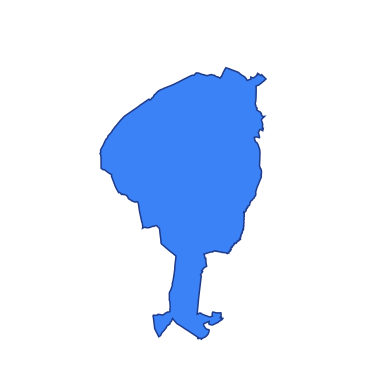 Cajvana, Suceava, Romania (Natural Earth projection), rotated 127°
{"feature_id": "2599482B15456779755419", "entity_name": "Cajvana", "entity_type": "district", "adm_level": 2, "iso_a3": "ROU", "parent_name": "Romania", "parent_adm1": "Suceava", "projection": "natural_earth1", "projection_center": [25.996, 47.715], "detail": "fine", "context": "isolated", "style": "filled", "palette": "blue", "viewbox_px": 384, "rotation_deg": 127, "n_neighbors": 0, "source": "geoboundaries", "source_scale": "gbopen_adm2", "svg_char_len": 5957}
<svg xmlns="http://www.w3.org/2000/svg" viewBox="0 0 384 384"><g transform="rotate(127 192 192)"><path d="M212.4,290.5L213.9,290.0L214.5,289.5L214.7,289.1L215.2,288.8L216.5,288.7L217.1,287.6L218.7,285.8L227.7,278.9L227.8,278.4L227.7,276.5L227.1,275.5L226.9,274.6L226.9,269.5L226.6,267.4L226.4,266.7L227.7,265.9L228.2,265.3L234.1,255.9L234.8,254.5L236.6,250.3L236.1,250.1L236.0,249.7L236.0,247.8L236.3,247.3L236.3,246.7L236.1,246.5L235.4,246.1L235.5,245.6L235.2,245.2L235.1,244.8L234.6,244.4L234.2,242.8L234.2,241.8L234.5,241.3L234.5,240.5L235.3,239.2L235.6,238.4L235.3,237.1L235.4,236.2L235.1,235.2L235.3,234.6L234.8,233.1L234.7,232.1L234.0,231.4L234.0,231.0L233.8,230.7L232.8,230.0L232.7,229.1L233.2,228.5L233.3,228.1L239.3,222.0L246.2,214.0L246.6,213.2L247.2,212.5L249.6,210.2L250.7,209.7L249.7,209.3L248.8,208.7L247.9,207.1L247.8,206.5L246.5,205.0L245.0,203.9L243.6,203.2L242.5,201.9L241.4,201.3L240.4,200.4L240.2,200.1L240.2,199.8L240.6,196.6L241.0,195.8L249.4,187.7L251.1,186.3L251.4,185.9L251.8,185.2L252.5,174.8L252.5,171.1L252.8,166.2L260.8,161.5L264.3,159.2L269.0,156.5L275.4,153.2L276.9,152.8L278.3,151.5L282.8,150.1L286.0,149.5L286.5,149.2L290.0,146.5L291.6,145.4L293.1,143.5L296.6,140.5L300.9,137.7L301.2,137.7L301.8,138.3L302.5,139.2L303.0,139.5L305.0,140.4L307.5,141.1L308.5,142.5L309.7,144.9L310.3,145.6L310.6,145.8L311.4,145.7L312.5,147.0L313.6,148.7L314.2,148.6L314.8,148.2L315.5,147.3L323.7,139.4L327.6,131.4L325.5,130.7L322.7,131.3L321.3,131.2L320.2,131.0L316.1,130.9L315.3,131.0L314.6,131.3L313.9,131.4L312.4,130.7L311.1,130.4L310.7,130.2L309.8,130.8L309.3,130.9L307.9,130.6L306.9,130.8L306.2,131.1L305.2,131.1L304.8,131.3L306.2,124.9L305.6,118.7L305.5,115.5L305.0,109.7L304.9,107.4L304.4,99.6L305.3,99.6L305.5,99.1L305.4,98.7L304.8,98.5L303.5,96.9L304.0,96.2L304.0,95.9L303.2,95.9L302.1,95.4L299.3,94.0L297.4,93.7L295.7,93.7L293.9,94.2L291.9,95.2L291.9,95.7L292.2,96.7L292.8,97.7L292.7,99.2L291.7,101.9L291.1,103.0L290.1,103.3L285.1,100.5L287.0,99.3L287.3,98.8L287.2,98.0L286.6,96.8L286.0,95.8L285.5,95.4L280.4,92.7L279.2,92.6L278.3,92.1L275.6,91.2L274.4,91.3L275.4,92.6L274.4,93.1L275.2,93.9L273.9,94.2L273.3,94.4L272.3,95.0L271.1,96.2L273.7,99.5L274.2,100.5L274.5,101.5L275.3,103.1L275.8,103.1L277.1,102.6L278.2,101.7L278.7,100.9L281.1,102.5L282.9,108.2L283.8,112.2L283.6,112.2L283.8,112.7L284.1,113.1L284.6,113.4L286.1,113.9L286.6,114.3L272.0,123.3L253.4,134.1L253.1,135.4L249.2,135.6L249.2,136.9L247.4,136.7L245.7,136.8L244.5,136.5L242.5,135.6L240.2,138.1L236.7,141.1L237.1,141.6L234.3,145.0L229.0,141.2L227.9,140.3L227.7,139.6L227.2,139.3L226.5,139.2L226.0,138.9L225.7,138.7L225.5,138.3L225.1,138.3L224.9,137.3L224.7,137.3L224.5,136.5L224.1,136.2L223.7,134.9L223.2,133.8L222.5,133.2L222.3,132.3L222.4,132.0L220.5,129.0L220.1,128.0L220.0,127.0L219.9,126.7L218.7,126.6L218.6,125.9L218.3,125.8L217.9,126.2L217.1,126.6L216.7,126.6L216.0,125.8L215.6,125.9L215.7,126.3L215.2,126.6L214.6,126.2L214.3,126.2L214.0,127.1L213.8,127.2L213.6,127.0L213.2,127.2L212.7,127.1L212.4,126.7L212.1,126.7L211.9,127.2L211.8,127.3L211.3,127.3L210.7,126.8L210.1,127.0L209.4,126.9L209.2,126.8L208.3,126.8L208.2,127.2L207.7,127.4L207.4,126.7L207.0,126.8L206.6,126.5L206.4,126.6L206.2,126.6L206.0,125.8L205.2,126.0L204.2,126.0L203.8,126.2L203.5,125.6L202.7,125.2L202.5,125.3L202.3,125.7L201.5,125.5L201.3,125.0L200.6,124.9L200.6,125.0L200.8,125.3L200.7,125.6L200.2,125.4L199.5,126.1L199.2,125.8L198.6,126.2L198.1,126.2L197.7,126.6L197.1,126.7L196.7,127.3L194.9,127.2L194.7,127.6L194.4,127.6L194.2,127.4L193.1,128.2L192.0,128.1L191.2,128.3L191.3,128.7L191.3,128.9L190.8,128.9L190.7,128.7L190.6,128.8L190.4,129.0L190.2,128.9L189.2,129.5L189.0,129.8L188.9,130.1L188.6,130.2L187.9,130.1L187.5,130.7L184.9,132.2L184.2,133.2L183.7,133.4L182.5,133.8L182.0,134.5L181.6,134.6L180.6,135.5L180.1,135.5L179.9,135.6L179.6,136.0L179.3,136.2L179.1,136.6L178.3,136.8L177.9,137.3L177.5,137.5L177.6,138.1L177.0,138.6L176.7,138.7L176.0,137.7L174.9,137.5L174.6,137.6L173.8,138.2L173.5,137.9L173.2,138.0L173.0,138.3L172.6,138.6L171.6,138.2L171.1,138.6L170.7,138.2L169.1,138.9L168.7,138.3L167.8,138.2L166.6,138.7L166.0,139.2L165.6,139.4L164.8,139.2L164.4,139.6L163.0,139.4L162.0,139.0L161.6,139.3L161.4,139.3L159.8,138.8L159.1,139.1L156.7,139.1L155.0,139.9L153.8,141.1L149.3,142.8L138.5,145.6L137.6,146.2L136.8,147.3L136.4,147.1L133.7,148.9L132.1,150.7L132.3,151.4L131.5,152.2L130.8,153.6L119.9,161.2L117.5,163.3L116.5,164.7L114.4,167.9L113.6,169.8L113.5,170.2L113.7,171.5L113.5,171.9L111.0,175.1L109.2,173.8L108.1,170.8L107.9,170.8L107.2,171.4L104.5,174.9L103.2,175.0L101.7,175.5L100.9,175.2L100.5,172.4L98.2,173.4L98.8,174.2L96.2,175.7L94.8,176.9L92.9,179.8L92.6,180.0L91.4,180.1L88.0,179.6L88.8,180.4L89.1,181.2L88.7,182.6L88.1,183.6L87.8,183.6L87.0,185.5L87.3,186.6L87.5,189.8L85.9,190.4L85.4,192.3L84.5,193.1L83.5,194.7L81.2,195.7L78.2,197.6L71.8,202.2L68.8,204.6L66.6,203.2L65.7,202.8L60.0,201.4L57.2,200.9L56.4,206.9L57.5,206.9L57.7,211.0L58.9,210.8L58.9,210.2L62.2,211.0L64.1,211.7L64.8,214.2L66.5,212.9L69.7,215.1L68.8,217.1L68.4,218.7L68.4,220.0L68.7,222.6L68.7,225.1L68.5,226.6L68.9,228.4L70.8,234.8L71.0,235.8L72.4,239.8L76.5,239.2L82.4,237.9L82.6,238.2L83.9,238.1L83.9,238.4L84.3,238.8L84.3,239.4L84.4,240.1L85.0,241.7L85.3,242.3L85.3,244.6L85.9,245.0L86.5,247.2L86.8,247.6L88.6,248.8L90.4,250.5L90.9,252.4L91.2,252.8L91.7,254.3L92.4,255.6L92.6,257.2L93.1,258.0L93.1,258.4L93.4,259.0L94.3,259.8L94.3,260.3L94.9,260.3L96.4,260.6L97.5,260.6L98.1,261.3L98.2,261.6L99.0,262.3L100.9,263.4L106.9,266.4L112.4,269.0L118.9,272.4L126.6,277.1L127.5,277.4L128.5,278.2L130.7,279.3L132.7,279.9L135.9,280.2L137.4,280.6L139.0,280.1L139.5,280.2L140.8,280.5L143.1,280.6L143.9,281.0L143.9,281.4L143.7,281.9L143.8,282.2L144.0,282.4L154.3,285.8L156.7,286.4L172.3,291.6L178.0,292.2L185.1,292.5L186.6,292.7L189.0,292.5L189.6,292.6L190.5,292.6L192.9,292.3L197.5,292.8L198.0,292.7L199.4,292.2L202.1,292.4L208.1,291.1L212.4,290.5Z" fill="#3b82f6" stroke="#1e3a8a" stroke-width="1.5"/></g></svg>